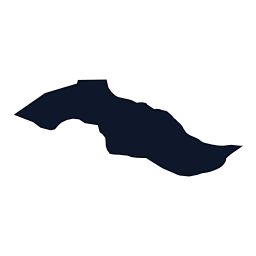 the district of Goeree-Overflakkee, Zuid-Holland, Netherlands
{"feature_id": "6326949B86973189891179", "entity_name": "Goeree-Overflakkee", "entity_type": "district", "adm_level": 2, "iso_a3": "NLD", "parent_name": "Netherlands", "parent_adm1": "Zuid-Holland", "projection": "natural_earth1", "projection_center": [4.215, 51.751], "detail": "fine", "context": "isolated", "style": "filled", "palette": "ink", "viewbox_px": 256, "rotation_deg": 0, "n_neighbors": 0, "source": "geoboundaries", "source_scale": "gbopen_adm2", "svg_char_len": 4930}
<svg xmlns="http://www.w3.org/2000/svg" viewBox="0 0 256 256"><path d="M107.6,87.6L106.0,80.3L92.2,80.5L78.5,80.7L78.2,81.9L77.7,83.8L77.6,84.1L76.8,84.4L71.1,86.1L64.1,88.1L59.6,89.5L57.2,90.2L56.0,90.6L55.8,90.6L55.3,90.8L55.0,90.9L54.8,90.9L54.3,91.1L48.5,92.8L46.7,93.4L45.4,93.7L35.1,100.9L33.6,101.9L25.1,107.8L15.4,114.5L33.6,121.5L38.9,125.5L39.2,125.7L40.9,127.0L42.5,127.4L48.7,129.0L50.8,129.5L54.3,128.8L55.1,128.0L57.4,125.2L60.9,122.0L64.7,120.2L66.6,119.3L67.4,119.1L73.1,117.9L79.6,118.7L80.0,119.0L83.1,121.1L85.0,122.4L92.6,123.6L98.4,124.5L99.3,127.8L100.3,131.7L102.9,133.7L105.9,137.3L106.2,139.6L106.4,141.6L106.5,145.8L107.7,149.5L110.3,153.2L112.3,153.5L114.8,153.8L116.8,153.9L117.9,153.9L119.3,154.0L123.7,154.5L127.8,154.9L131.2,156.2L131.9,156.4L136.4,157.0L141.6,157.2L146.4,157.3L146.6,157.4L147.6,158.1L150.3,159.8L161.0,166.5L164.0,168.1L178.0,174.2L178.8,174.5L179.6,174.7L180.1,174.8L180.8,174.9L181.6,175.0L182.3,175.0L183.1,175.1L183.9,175.2L184.0,175.2L184.6,175.3L185.4,175.3L186.1,175.4L186.8,175.5L187.6,175.6L188.3,175.6L189.1,175.7L189.9,175.6L190.8,175.4L191.3,175.3L192.7,175.0L193.5,174.8L194.2,174.7L194.9,174.5L195.6,174.4L196.4,174.3L197.0,174.1L197.6,174.0L198.2,173.8L198.7,173.7L199.0,173.5L199.6,173.3L200.3,173.1L201.0,172.8L201.7,172.6L202.4,172.4L202.7,172.4L203.2,172.3L203.9,172.2L204.7,172.1L205.4,172.0L206.2,171.9L206.9,171.8L207.6,171.6L208.4,171.4L209.0,171.3L209.8,171.1L210.5,170.8L210.9,170.7L211.2,170.6L211.9,170.4L212.6,170.1L213.3,169.8L214.0,169.6L214.7,169.3L216.0,168.8L216.7,168.5L217.3,168.1L218.0,167.8L218.6,167.5L219.2,167.2L219.3,167.2L219.8,166.8L220.4,166.4L220.8,166.1L221.4,165.6L221.9,165.1L222.4,164.7L222.8,164.2L223.2,163.7L223.6,163.2L224.0,162.6L224.3,162.1L224.7,161.6L224.9,161.0L225.1,160.4L225.3,159.8L225.4,159.2L225.4,158.6L225.4,158.0L230.3,153.7L232.1,152.4L232.5,152.1L233.1,151.7L233.3,151.6L233.7,151.3L236.9,149.1L239.2,147.5L240.6,146.5L240.2,146.5L234.1,145.9L232.0,145.7L231.9,145.7L231.7,145.6L228.1,145.9L225.7,146.2L223.0,146.5L222.1,146.4L221.3,146.4L220.5,146.4L220.4,146.4L220.2,146.4L219.5,146.3L218.5,146.3L218.1,146.3L217.9,146.2L217.6,146.2L217.2,146.2L216.7,146.1L216.3,146.0L216.1,146.0L215.6,145.9L213.8,145.6L212.4,145.4L212.0,145.3L211.6,145.2L211.1,145.1L210.7,145.1L210.1,144.9L209.5,144.8L209.1,144.7L208.4,144.5L208.0,144.4L207.6,144.3L207.0,144.2L206.2,144.0L204.9,143.7L204.2,143.5L204.0,143.4L203.9,143.4L203.7,143.3L203.2,143.2L202.9,143.1L202.7,143.0L202.6,142.9L202.4,142.8L202.2,142.7L201.9,142.6L201.7,142.4L201.4,142.2L200.9,141.9L200.5,141.6L200.1,141.3L199.6,141.0L199.5,140.9L199.4,140.9L199.1,140.6L198.9,140.4L198.6,140.1L198.4,140.0L198.3,139.9L198.2,139.8L198.0,139.7L197.8,139.6L197.7,139.6L197.5,139.4L197.2,139.3L197.0,139.2L196.8,139.1L196.5,138.9L196.3,138.8L195.5,138.5L194.9,138.2L194.1,137.9L193.8,137.8L193.8,137.7L193.7,137.7L192.9,137.4L192.7,137.3L192.6,137.2L192.3,137.1L191.9,136.9L191.7,136.9L190.9,136.5L190.7,136.4L190.3,136.2L190.1,136.1L189.7,135.9L189.3,135.7L188.7,135.4L188.3,135.1L188.0,134.9L187.8,134.8L187.2,134.4L186.8,134.0L186.5,133.8L186.4,133.7L186.0,133.3L185.7,133.0L185.5,132.9L185.4,132.7L185.2,132.4L184.9,132.1L184.7,131.8L184.4,131.3L184.2,131.0L183.9,130.6L183.6,130.2L183.4,129.8L183.1,129.4L183.0,129.2L182.8,128.7L182.7,128.6L182.6,128.4L182.4,128.0L182.3,127.9L182.2,127.6L182.1,127.4L182.0,127.2L181.8,127.0L181.6,126.6L181.4,126.4L181.0,125.9L180.8,125.6L180.5,125.3L180.3,125.0L180.0,124.8L179.5,124.2L179.0,123.7L178.4,123.2L178.2,123.0L178.0,122.8L177.5,122.3L176.9,121.8L176.4,121.3L175.9,120.7L175.7,120.5L175.4,120.2L175.2,120.1L174.9,119.8L174.6,119.6L174.4,119.5L174.1,119.3L174.0,119.2L173.9,119.1L173.6,118.8L173.4,118.5L172.8,117.9L172.3,117.2L171.8,116.6L171.3,116.1L170.8,115.5L170.3,115.1L169.4,114.3L167.7,112.9L166.7,112.0L166.0,111.7L165.3,111.5L164.1,111.3L162.4,110.9L161.5,110.7L161.1,110.5L160.6,110.3L160.4,110.2L159.7,110.0L159.0,109.8L158.4,109.7L157.6,109.6L156.8,109.6L156.0,109.7L155.3,109.9L154.5,110.0L153.8,109.8L153.2,109.4L152.6,109.0L152.1,108.7L151.9,108.5L151.5,108.3L151.0,108.0L150.3,107.5L149.8,107.2L149.5,107.0L149.2,106.8L148.6,106.4L148.1,106.0L147.5,105.6L147.0,105.3L146.8,105.2L146.6,105.0L146.2,104.5L145.9,104.1L145.6,103.8L144.8,103.6L144.0,103.4L143.0,103.2L142.6,103.1L142.2,103.1L141.6,103.1L140.9,103.1L140.1,103.1L139.4,103.1L138.7,103.3L138.1,103.4L137.3,103.5L136.6,103.4L135.9,103.3L135.3,103.0L135.0,102.8L134.1,102.3L132.8,101.6L132.1,101.3L131.5,101.0L130.8,100.7L129.3,100.3L127.9,99.9L127.1,99.8L125.7,99.5L124.3,99.2L124.1,99.2L122.6,98.8L121.8,98.6L121.4,98.6L120.4,98.3L119.0,98.0L118.2,97.8L117.6,97.5L116.2,96.9L115.5,96.6L115.0,96.2L114.5,95.8L113.9,95.3L113.6,95.0L113.5,94.9L113.1,94.6L112.5,93.9L112.1,93.6L111.5,93.0L111.0,92.5L110.5,92.0L110.4,91.7L110.1,91.3L109.8,91.0L109.3,90.2L108.5,89.1L108.2,88.6L107.6,87.6Z" fill="#0f172a" stroke="#020617" stroke-width="1.5"/></svg>